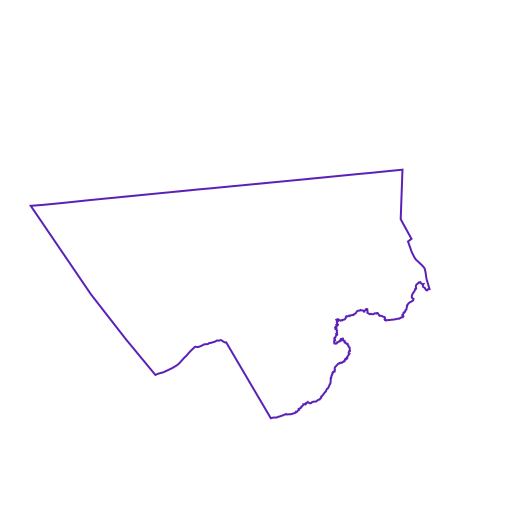 outline of Vaisigano East, Gaga'ifomauga, Samoa, rotated 150°
{"feature_id": "51752279B23557786171080", "entity_name": "Vaisigano East", "entity_type": "district", "adm_level": 2, "iso_a3": "WSM", "parent_name": "Samoa", "parent_adm1": "Gaga'ifomauga", "projection": "albers", "projection_center": [-172.632, -13.561], "detail": "fine", "context": "isolated", "style": "outline", "palette": "violet", "viewbox_px": 512, "rotation_deg": 150, "n_neighbors": 0, "source": "geoboundaries", "source_scale": "gbopen_adm2", "svg_char_len": 4794}
<svg xmlns="http://www.w3.org/2000/svg" viewBox="0 0 512 512"><g transform="rotate(150 256 256)"><path d="M324.3,108.1L322.4,107.6L321.2,107.1L319.3,106.0L318.3,105.7L316.9,105.6L315.5,105.1L314.1,105.0L313.5,104.7L310.0,104.3L309.5,104.0L308.9,104.1L308.5,103.3L306.7,102.5L305.3,101.7L304.1,101.3L300.7,100.6L299.8,100.6L299.3,101.1L298.9,100.7L298.1,100.6L297.3,101.1L295.6,101.3L295.5,102.2L294.4,102.2L293.7,101.9L292.9,102.2L292.2,102.8L291.9,102.6L289.4,103.4L289.1,103.9L288.5,103.4L288.0,103.5L287.5,102.9L286.7,103.5L286.4,103.0L285.2,103.5L284.1,103.7L284.0,103.0L283.5,102.4L282.9,101.4L281.6,101.1L280.2,101.5L279.6,101.1L279.0,101.1L277.3,100.2L276.3,99.9L275.2,100.2L274.0,100.3L272.6,99.9L271.9,100.4L270.9,100.4L270.1,100.9L269.9,101.6L268.7,101.8L267.5,102.2L266.8,102.6L265.6,103.0L264.5,103.6L263.5,103.6L262.0,104.8L260.6,105.5L260.0,105.4L258.1,106.5L256.2,108.1L255.7,108.1L254.7,109.1L253.3,111.3L252.9,111.7L252.7,112.4L252.0,112.7L251.9,113.3L251.1,113.6L250.5,114.6L250.0,114.7L249.1,115.6L248.6,115.7L248.2,116.6L247.4,116.6L247.1,117.1L246.7,117.1L245.9,116.7L245.7,117.2L245.1,117.2L244.9,117.9L244.4,118.3L244.2,119.1L243.5,120.0L242.8,120.3L238.3,121.7L237.4,121.2L236.9,121.5L236.0,121.0L235.6,121.2L235.0,120.6L233.9,120.8L233.2,120.6L233.1,120.9L232.1,121.0L231.6,120.8L231.4,121.2L230.6,121.6L230.5,122.1L230.0,122.1L229.9,121.6L229.3,121.4L228.0,121.9L228.4,122.6L224.4,124.4L224.7,124.6L224.2,125.9L223.2,126.7L222.4,126.5L222.0,126.9L222.1,127.5L221.1,128.9L220.7,130.0L221.2,131.1L220.7,132.5L221.1,133.0L221.1,133.7L220.7,134.2L221.4,134.6L221.7,135.4L221.7,135.9L222.5,136.7L222.5,137.0L221.7,137.7L222.2,138.4L222.3,139.0L222.3,139.7L222.1,141.1L224.0,141.6L224.1,141.3L222.8,141.1L223.0,139.8L223.8,139.9L224.2,140.3L225.0,140.2L225.7,140.8L226.3,140.2L227.2,140.5L228.0,140.4L228.9,140.7L229.2,140.2L230.0,140.0L230.7,140.1L231.8,141.1L231.3,141.9L231.4,142.5L230.9,143.2L229.7,143.4L229.5,144.0L229.8,144.5L229.5,145.4L228.8,145.9L228.3,145.6L226.3,147.2L225.5,147.1L225.0,147.3L225.3,148.5L224.8,148.5L224.1,149.0L224.0,150.0L223.1,150.7L223.2,151.3L223.0,152.1L223.7,152.8L223.4,154.1L222.2,153.7L222.1,154.0L222.8,154.5L222.2,155.1L221.2,154.9L221.0,155.2L220.3,155.2L220.6,156.2L219.9,156.3L219.4,156.1L219.4,157.8L219.0,158.4L217.8,158.5L217.7,159.4L218.3,160.0L218.3,160.6L217.7,160.5L216.8,160.4L216.4,160.0L215.2,157.7L213.7,157.6L213.4,157.1L212.7,157.3L211.4,156.8L210.5,156.9L209.4,157.3L208.6,158.4L207.9,158.6L207.6,158.1L206.5,157.9L206.0,158.0L205.0,157.8L204.8,157.1L204.2,157.2L203.1,157.1L201.7,156.6L201.6,156.3L200.6,156.2L200.0,156.6L198.4,156.5L196.3,157.6L195.4,157.7L193.2,156.8L192.5,157.0L191.7,156.0L190.8,155.5L190.1,154.9L190.3,153.8L190.0,153.7L189.7,154.6L189.2,154.4L187.5,154.1L187.3,154.9L186.7,154.8L186.2,154.3L186.9,152.9L187.0,152.4L187.9,151.1L186.6,148.7L185.4,148.5L184.9,147.8L184.1,147.2L183.2,146.9L181.9,147.0L181.0,146.5L180.6,146.0L179.9,146.2L179.2,145.8L179.0,144.3L179.1,143.1L178.6,142.1L177.9,142.0L176.8,140.8L176.5,140.2L175.2,138.8L175.2,138.1L175.6,137.3L176.3,136.9L176.4,136.2L175.7,135.8L175.7,135.2L175.2,135.2L172.4,133.8L171.1,133.3L168.5,132.1L166.1,131.2L164.1,130.7L163.2,130.0L162.3,130.2L161.4,130.0L161.1,130.2L160.1,130.0L159.6,129.6L158.5,130.1L158.9,131.4L158.4,132.0L157.9,132.0L156.8,132.4L156.6,133.1L155.8,133.3L154.9,133.1L154.2,133.6L153.8,134.3L152.5,134.5L150.8,136.5L150.1,137.0L150.0,137.7L147.3,138.8L145.5,139.0L143.9,138.8L142.3,139.0L141.0,140.1L141.6,141.3L141.8,142.2L141.2,143.2L140.1,144.4L139.2,145.0L137.6,145.8L136.6,146.1L135.3,147.3L134.6,147.5L134.4,147.9L133.6,147.7L133.1,149.0L132.8,149.8L132.0,150.6L131.0,151.1L129.7,151.2L128.6,151.7L127.0,151.4L126.7,151.1L127.1,150.4L126.2,148.8L125.8,148.3L125.1,148.0L125.8,147.6L126.4,146.8L126.7,145.7L125.8,144.1L125.8,141.8L125.3,140.8L124.7,141.1L124.4,140.9L123.7,141.2L122.3,140.6L121.0,145.8L120.5,147.9L120.0,150.2L118.8,153.5L118.0,155.3L117.1,157.8L116.2,160.8L116.4,162.8L116.8,164.7L119.3,172.9L119.5,175.6L119.2,181.4L117.1,192.6L112.8,193.1L112.3,215.5L86.0,257.5L99.2,263.5L114.4,270.3L125.2,275.3L148.6,285.9L209.5,313.6L243.7,329.2L261.5,337.3L271.6,342.0L321.0,364.4L371.7,387.4L387.5,394.4L397.8,399.0L415.6,407.1L426.0,412.1L418.1,305.2L410.3,248.9L402.6,203.3L400.4,203.1L397.5,202.5L394.4,201.6L393.4,201.5L390.9,201.3L384.3,200.8L379.4,200.9L377.2,201.2L375.9,201.5L371.6,202.9L368.8,203.8L366.2,204.4L362.0,205.9L359.5,206.6L354.6,207.8L354.0,207.8L352.7,206.8L351.4,206.0L348.3,205.5L346.6,205.4L345.9,205.5L344.5,205.2L342.0,203.9L341.5,203.8L340.0,204.0L337.9,203.1L336.5,202.9L334.9,202.4L333.3,202.3L332.4,202.4L331.7,202.2L330.8,201.3L328.7,200.9L327.9,200.0L326.9,197.8L326.3,196.9L325.6,196.3L325.0,196.1L324.3,108.1Z" fill="none" stroke="#5b21b6" stroke-width="2"/></g></svg>